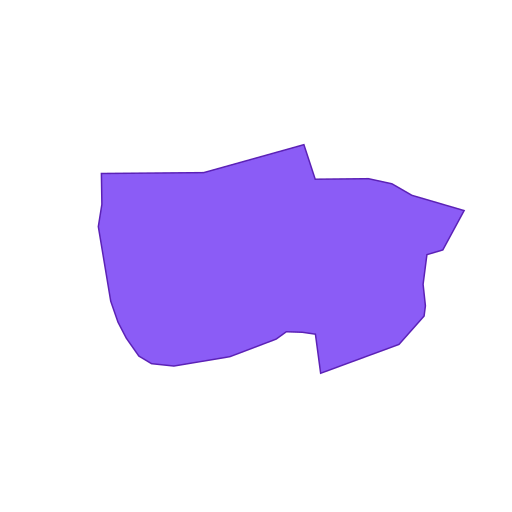 the border of Bloke, rotated 301°
{"feature_id": "SVN-254", "entity_name": "Bloke", "entity_type": "Municipality", "adm_level": 1, "iso_a3": "SVN", "parent_name": "Slovenia", "parent_adm1": "", "projection": "mercator", "projection_center": [14.507, 45.785], "detail": "fine", "context": "isolated", "style": "filled", "palette": "violet", "viewbox_px": 512, "rotation_deg": 301, "n_neighbors": 0, "source": "natural_earth", "source_scale": "10m", "svg_char_len": 516}
<svg xmlns="http://www.w3.org/2000/svg" viewBox="0 0 512 512"><g transform="rotate(301 256 256)"><path d="M247.1,81.0L300.5,168.2L376.1,239.7L352.3,267.2L380.2,312.6L387.9,335.4L388.3,358.4L402.1,411.0L357.4,413.0L345.2,401.8L317.8,413.8L300.5,426.9L291.1,431.0L253.9,424.1L188.8,371.8L219.6,347.2L214.5,335.0L206.7,321.0L195.2,316.1L156.3,285.5L119.4,242.3L109.9,221.9L109.9,207.1L118.8,187.1L128.2,171.8L142.4,154.8L200.0,105.7L220.9,97.3L247.1,81.0Z" fill="#8b5cf6" stroke="#5b21b6" stroke-width="1.5"/></g></svg>